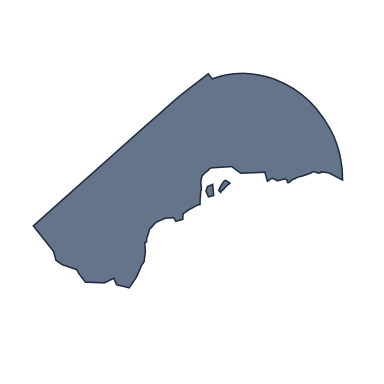 outline of New Castle, Delaware, United States of America, rotated 52°
{"feature_id": "52423323B5401944400866", "entity_name": "New Castle", "entity_type": "district", "adm_level": 2, "iso_a3": "USA", "parent_name": "United States of America", "parent_adm1": "Delaware", "projection": "natural_earth1", "projection_center": [-75.59, 39.565], "detail": "fine", "context": "isolated", "style": "filled", "palette": "slate", "viewbox_px": 384, "rotation_deg": 52, "n_neighbors": 0, "source": "geoboundaries", "source_scale": "gbopen_adm2", "svg_char_len": 2233}
<svg xmlns="http://www.w3.org/2000/svg" viewBox="0 0 384 384"><g transform="rotate(52 192 192)"><path d="M108.8,106.4L108.8,118.1L108.7,128.1L108.7,128.7L108.7,134.0L108.7,141.0L108.9,146.5L109.2,152.3L109.4,156.0L109.7,161.1L110.1,166.8L112.0,199.7L112.5,207.4L112.6,207.9L112.6,208.4L114.5,237.7L116.8,273.0L118.1,293.9L118.1,294.0L121.0,337.9L153.7,337.7L162.1,341.3L169.6,338.9L182.2,330.7L186.7,331.4L197.4,331.5L209.8,316.9L211.8,306.8L218.7,308.6L228.9,300.4L228.7,300.1L224.9,288.3L224.0,286.3L218.6,276.6L217.5,272.7L210.0,265.2L203.0,260.5L203.4,258.6L200.0,255.6L199.4,254.1L195.4,248.6L195.2,247.9L193.8,239.3L193.8,238.6L196.1,229.8L196.1,229.3L201.0,222.3L205.2,222.8L207.9,216.1L203.7,212.5L204.1,206.0L204.1,205.2L205.7,195.4L206.2,194.7L206.4,194.2L206.9,193.4L203.5,190.7L203.1,190.4L196.9,184.6L196.6,184.3L196.4,183.6L196.1,183.4L194.3,182.0L194.2,181.8L189.2,178.9L188.8,178.3L185.6,174.3L185.6,174.2L184.8,169.5L184.9,169.1L185.0,168.8L184.8,166.0L185.0,165.7L184.6,164.9L184.3,164.2L184.7,162.9L185.0,161.8L185.1,161.4L185.6,160.9L196.4,145.1L197.5,144.8L207.2,142.0L209.7,138.6L221.2,122.6L221.3,122.4L230.0,126.0L230.3,121.4L231.1,120.1L232.5,119.3L235.9,117.7L237.6,113.5L238.0,112.4L239.2,110.4L240.7,109.8L241.6,110.0L242.2,110.5L243.4,110.9L244.0,110.3L244.3,108.5L244.1,107.2L244.1,105.0L244.9,102.8L245.0,101.5L245.5,99.1L247.1,95.7L247.6,94.7L250.3,86.7L250.2,85.1L251.9,82.6L255.0,80.9L256.3,77.9L255.9,77.8L255.7,77.6L255.8,77.5L261.1,72.5L261.9,72.1L272.7,67.2L275.3,66.0L271.2,63.0L265.5,59.0L254.4,52.9L251.7,51.7L250.6,51.2L250.2,51.0L242.4,48.1L234.8,45.8L234.4,45.8L226.2,44.2L217.2,43.2L216.9,43.1L203.6,42.7L199.6,43.0L193.8,43.5L193.6,43.5L193.0,43.6L192.6,43.7L183.3,45.4L175.7,47.5L172.7,48.5L163.5,52.4L161.6,53.4L153.4,57.8L146.8,62.4L142.9,65.7L139.9,68.2L138.9,69.2L136.9,71.1L135.5,72.5L131.4,77.0L128.0,81.3L124.2,86.9L121.4,91.8L121.0,92.5L118.5,97.7L115.2,106.4L108.8,106.4ZM198.7,171.0L197.3,176.5L199.9,180.5L206.0,182.0L208.1,177.1L198.7,171.0ZM208.4,156.6L203.5,158.3L203.1,160.0L204.8,165.4L207.3,170.0L208.9,169.8L210.0,169.7L209.6,169.2L209.3,167.9L209.5,166.2L208.9,163.4L208.3,159.7L208.6,157.0L208.4,156.6Z" fill="#64748b" stroke="#1e293b" stroke-width="1.5"/></g></svg>